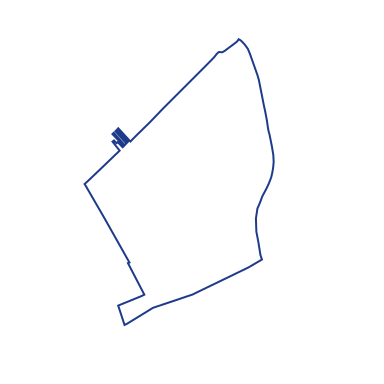 outline of Rud Al-Farag, Al Qahirah, Egypt, rotated 225°
{"feature_id": "37247803B92272311463105", "entity_name": "Rud Al-Farag", "entity_type": "district", "adm_level": 2, "iso_a3": "EGY", "parent_name": "Egypt", "parent_adm1": "Al Qahirah", "projection": "natural_earth1", "projection_center": [31.241, 30.075], "detail": "fine", "context": "isolated", "style": "outline", "palette": "blue", "viewbox_px": 384, "rotation_deg": 225, "n_neighbors": 0, "source": "geoboundaries", "source_scale": "gbopen_adm2", "svg_char_len": 1483}
<svg xmlns="http://www.w3.org/2000/svg" viewBox="0 0 384 384"><g transform="rotate(225 192 192)"><path d="M267.0,333.0L266.6,330.8L266.6,329.5L266.9,327.3L268.7,314.8L269.4,312.3L270.0,311.6L270.4,311.3L271.5,310.5L272.1,309.6L272.1,308.3L272.1,307.1L272.0,306.1L271.6,302.2L271.5,287.3L271.5,256.9L271.5,230.9L271.1,210.8L271.2,203.9L271.2,202.6L271.2,201.2L271.3,194.2L271.3,187.7L271.2,184.2L272.2,184.2L289.2,184.9L289.1,183.6L272.9,183.2L272.8,181.5L289.1,181.9L289.1,180.8L272.8,179.9L272.8,179.7L272.7,177.5L289.2,178.5L289.2,176.7L272.7,176.4L272.7,176.2L272.7,174.6L277.5,174.7L279.8,174.7L279.8,173.9L279.9,173.2L281.5,173.2L283.6,173.3L283.7,172.3L283.8,171.4L272.4,170.1L272.6,161.4L272.9,145.5L273.4,125.2L273.6,121.7L272.3,121.4L271.1,121.1L236.2,111.8L186.4,97.9L186.8,97.0L187.0,96.4L185.6,96.0L176.5,93.1L153.1,85.7L153.6,84.3L154.0,83.0L163.9,59.5L145.7,50.3L144.8,52.8L137.7,82.5L121.8,114.5L119.1,119.9L117.0,126.1L98.7,178.7L94.8,193.7L99.0,195.8L109.5,203.4L118.5,209.5L128.0,218.4L133.0,225.1L133.5,225.9L134.1,226.6L134.9,228.8L136.6,233.0L139.2,238.6L141.7,246.8L143.5,251.9L146.3,258.3L148.8,262.3L151.7,266.4L155.4,270.9L160.7,275.7L167.7,280.7L177.9,287.5L180.3,288.8L180.8,289.1L181.5,289.6L183.7,291.1L190.0,295.8L196.9,300.5L203.4,304.7L210.2,309.3L216.5,313.5L223.8,318.4L228.3,320.9L248.8,330.7L251.8,331.9L252.6,332.3L253.7,332.7L259.4,333.6L263.9,333.7L264.6,333.6L265.3,333.5L267.0,333.0Z" fill="none" stroke="#1e3a8a" stroke-width="2"/></g></svg>